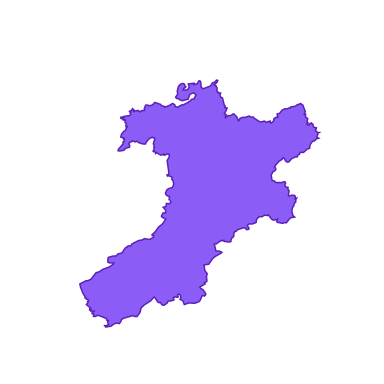 outline of Ambositra, Amoron'i Mania, Madagascar, rotated 248°
{"feature_id": "10022922B13687813160362", "entity_name": "Ambositra", "entity_type": "district", "adm_level": 2, "iso_a3": "MDG", "parent_name": "Madagascar", "parent_adm1": "Amoron'i Mania", "projection": "natural_earth1", "projection_center": [47.304, -20.561], "detail": "fine", "context": "isolated", "style": "filled", "palette": "violet", "viewbox_px": 384, "rotation_deg": 248, "n_neighbors": 0, "source": "geoboundaries", "source_scale": "gbopen_adm2", "svg_char_len": 6076}
<svg xmlns="http://www.w3.org/2000/svg" viewBox="0 0 384 384"><g transform="rotate(248 192 192)"><path d="M97.2,75.3L98.6,77.6L99.9,78.5L100.6,80.6L99.6,90.8L98.2,92.0L97.1,94.3L99.6,98.4L103.6,101.4L105.2,105.6L106.6,113.0L108.8,117.3L108.1,118.0L102.9,119.0L101.7,120.0L101.3,121.5L99.1,121.7L97.8,122.8L97.5,123.6L98.2,127.1L99.9,129.2L98.9,131.3L98.7,134.9L101.1,135.1L101.3,136.5L99.7,139.4L100.0,140.0L102.1,140.1L102.2,141.8L100.8,142.6L97.9,141.9L97.1,140.7L94.4,142.8L90.5,142.7L90.3,147.6L87.8,152.9L87.7,157.4L88.3,158.8L91.8,162.3L92.0,163.3L90.8,164.7L91.6,166.2L92.9,166.6L97.2,165.7L99.6,163.8L100.9,163.5L101.9,169.8L103.3,169.6L103.4,171.9L104.0,172.6L107.9,173.6L110.6,175.5L114.4,174.5L119.9,175.8L118.8,180.5L122.5,186.1L123.5,189.3L124.6,197.0L125.2,197.0L126.9,195.3L128.3,192.1L135.5,193.2L134.8,195.2L135.9,199.4L135.8,202.2L135.2,202.3L135.1,203.4L134.1,203.4L131.8,207.6L131.4,209.1L131.6,209.7L132.7,209.9L134.3,211.6L135.1,214.0L138.3,215.5L139.4,217.0L138.9,217.9L139.9,219.9L139.6,226.5L138.1,228.3L136.6,228.4L136.2,230.6L137.0,231.3L140.3,230.7L141.0,232.8L139.7,236.2L139.7,240.0L142.3,241.5L144.0,245.0L142.9,247.2L143.3,250.8L141.9,253.3L142.2,254.2L137.1,255.6L135.7,256.6L135.1,257.8L134.7,261.2L133.0,259.5L131.9,259.8L129.0,264.3L129.0,265.9L128.1,268.0L131.2,273.5L130.3,277.8L132.3,276.8L136.9,277.4L140.3,279.6L140.5,280.6L143.4,283.1L143.9,284.5L145.9,285.3L147.1,286.6L147.0,285.1L149.4,286.1L150.5,285.7L151.7,283.3L151.8,280.6L152.7,280.1L156.9,282.5L159.0,281.9L160.1,282.8L161.8,280.7L163.6,280.7L165.1,282.1L166.5,282.1L167.1,281.4L167.1,278.8L169.3,273.4L171.4,272.4L172.7,270.6L177.9,271.7L180.5,274.6L180.5,276.1L181.5,278.2L182.7,278.5L184.1,277.8L185.7,279.9L187.9,284.2L188.5,287.8L189.5,288.7L188.5,290.3L186.4,290.2L184.2,291.2L183.6,293.1L185.6,297.0L185.9,300.8L185.1,302.8L186.6,303.9L186.8,305.9L188.3,306.9L186.9,310.2L188.6,314.8L188.5,317.6L189.6,317.8L192.1,319.9L193.9,322.9L193.5,324.6L194.7,327.6L194.4,329.6L196.1,328.3L199.3,331.0L199.5,332.1L200.1,330.8L202.6,329.5L204.9,331.4L206.3,329.2L209.9,329.4L210.0,328.8L211.3,328.6L211.3,327.0L210.2,325.5L211.1,324.0L212.5,324.1L212.4,325.5L214.5,325.2L216.6,326.8L219.5,325.3L221.5,326.5L222.0,325.2L224.1,327.2L231.3,327.3L231.6,326.5L233.3,326.1L233.4,321.9L232.8,319.7L233.9,315.4L233.0,314.3L233.7,313.0L233.4,311.2L234.1,310.2L234.4,308.1L234.0,305.9L232.1,302.7L232.5,300.2L229.2,299.5L229.8,298.0L229.4,295.9L229.0,295.1L227.5,294.7L226.2,291.3L226.7,290.7L228.5,291.0L228.2,290.2L228.8,289.4L228.6,287.3L230.9,285.4L230.6,284.5L231.5,281.3L237.0,277.4L238.8,276.7L239.0,275.2L241.1,273.3L241.3,268.7L242.2,267.3L242.3,265.0L242.1,263.6L241.0,263.1L240.7,261.7L244.9,261.7L248.7,260.1L249.0,259.0L248.3,256.9L249.3,253.9L248.4,250.9L249.3,251.0L250.9,252.7L252.7,251.4L254.8,254.3L256.8,256.0L258.0,254.0L259.3,255.0L260.6,254.5L267.8,255.5L268.9,254.4L271.1,254.0L273.0,255.6L273.6,254.0L274.5,254.0L274.6,253.2L275.7,252.9L279.4,254.3L280.6,253.8L281.2,254.2L283.2,252.6L284.0,255.8L285.8,257.7L286.6,256.6L285.3,254.4L285.6,252.1L283.4,248.7L283.5,241.3L285.4,239.7L291.2,241.4L292.4,240.7L292.2,239.4L290.4,237.6L290.9,233.9L291.6,233.9L291.9,235.4L293.6,229.0L290.0,228.7L288.4,225.8L289.8,222.1L291.1,223.0L291.3,225.0L291.9,225.7L292.3,225.2L294.3,225.5L295.6,224.9L296.3,223.5L296.2,221.4L295.1,219.1L291.1,216.1L288.1,215.4L286.1,212.3L284.5,212.7L283.6,214.6L282.1,215.2L280.3,217.2L279.5,223.3L282.2,225.5L283.5,227.1L283.4,230.0L282.4,231.3L280.4,232.0L277.6,228.7L278.1,226.4L277.3,224.9L276.4,220.8L276.1,216.5L276.6,215.3L276.1,210.5L277.3,208.5L279.4,208.7L281.4,207.2L280.7,203.0L280.9,198.5L281.4,198.7L283.6,196.0L284.9,195.8L289.0,191.1L287.5,187.8L288.0,184.7L289.5,183.0L289.9,181.5L287.1,178.9L286.0,178.9L285.4,178.3L286.4,175.5L285.6,174.1L286.6,173.5L287.1,172.5L288.0,172.4L288.1,170.3L288.9,169.3L288.4,168.2L289.4,168.1L290.1,168.8L291.6,168.0L290.1,166.3L290.4,164.8L290.0,164.1L288.6,164.9L288.2,164.2L287.0,164.2L286.2,162.9L287.4,158.2L287.2,157.5L286.5,157.2L286.5,156.2L287.7,156.3L287.5,154.9L288.0,154.2L287.1,153.5L285.8,154.9L285.0,154.9L284.2,155.7L284.4,156.8L283.7,157.1L281.8,156.0L280.1,156.7L277.9,155.3L277.1,155.6L276.8,157.1L276.2,155.1L274.7,154.3L273.8,152.6L273.9,151.8L272.1,148.4L269.6,146.5L267.3,149.3L266.9,148.3L265.8,148.8L264.6,148.1L264.1,146.6L262.5,146.3L259.2,139.8L258.0,138.9L257.2,140.0L256.2,144.2L257.4,147.5L256.9,150.8L258.6,151.7L260.4,151.4L261.5,153.5L261.3,154.7L261.7,155.8L259.8,158.0L259.7,159.9L258.0,160.8L255.1,164.2L253.9,166.8L255.7,168.7L257.6,172.7L257.6,175.8L256.6,176.4L256.0,177.6L254.3,177.1L253.5,175.8L251.0,174.1L249.5,174.4L248.0,173.4L247.1,173.9L245.5,172.1L244.7,172.1L244.4,171.2L243.8,171.4L243.7,172.3L242.9,172.8L241.3,172.7L241.8,173.8L237.9,176.8L237.7,179.8L237.3,180.3L236.9,179.7L236.3,180.8L236.6,183.6L235.1,184.9L233.2,184.1L230.4,180.7L218.7,177.8L217.0,176.8L217.2,175.2L216.0,175.2L216.1,176.0L213.7,178.8L212.1,178.9L211.4,178.0L209.1,178.7L206.5,178.0L204.7,176.9L203.5,175.1L203.9,171.6L203.4,169.5L200.9,166.9L198.4,167.1L196.2,169.4L193.5,167.9L192.7,168.6L190.7,168.8L189.5,167.0L191.0,164.0L188.4,162.4L188.6,159.5L185.4,160.8L182.6,159.8L183.4,157.1L181.1,154.6L180.0,154.7L176.7,157.5L173.4,152.6L172.0,147.8L168.7,142.6L167.4,138.9L166.7,138.8L165.8,140.1L164.5,139.2L163.9,134.8L166.6,130.4L166.2,128.0L167.0,124.1L166.4,116.9L164.8,114.9L165.9,113.0L165.8,111.6L165.2,111.3L165.2,109.3L161.8,104.3L162.3,99.9L161.1,97.9L162.3,94.3L162.7,89.8L159.4,87.9L158.2,87.8L157.0,89.2L155.5,93.1L154.6,91.9L153.5,87.4L153.7,80.7L152.8,76.2L153.1,72.8L149.0,65.7L148.8,62.6L149.4,60.2L148.8,53.6L145.8,53.0L139.7,52.9L134.4,53.7L134.0,53.2L133.6,53.9L132.2,53.9L131.8,54.8L130.5,55.5L129.5,54.1L128.8,54.5L127.2,51.9L122.4,54.4L121.9,53.2L120.8,52.9L120.7,54.3L119.5,53.6L118.1,56.5L117.3,53.9L116.6,53.8L115.3,55.2L113.6,54.0L112.8,55.7L112.9,58.8L106.8,65.2L104.9,65.0L104.1,66.2L103.0,65.0L100.6,65.1L100.2,62.6L100.8,61.0L99.1,61.4L97.9,66.8L98.8,69.6L98.8,73.0L97.2,75.3Z" fill="#8b5cf6" stroke="#5b21b6" stroke-width="1.5"/></g></svg>